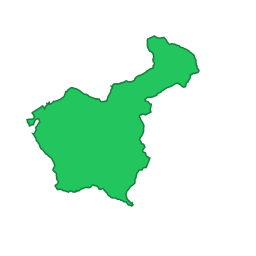 outline of Lapugiu De Jos, Hunedoara, Romania, rotated 245°
{"feature_id": "2599482B98896548530240", "entity_name": "Lapugiu De Jos", "entity_type": "district", "adm_level": 2, "iso_a3": "ROU", "parent_name": "Romania", "parent_adm1": "Hunedoara", "projection": "albers", "projection_center": [22.473, 45.86], "detail": "fine", "context": "isolated", "style": "filled", "palette": "green", "viewbox_px": 256, "rotation_deg": 245, "n_neighbors": 0, "source": "geoboundaries", "source_scale": "gbopen_adm2", "svg_char_len": 5861}
<svg xmlns="http://www.w3.org/2000/svg" viewBox="0 0 256 256"><g transform="rotate(245 128 128)"><path d="M200.3,183.6L199.8,182.9L198.6,182.2L196.6,181.5L195.0,180.5L192.9,180.0L189.0,180.0L188.0,180.4L187.9,180.6L188.0,180.8L187.6,181.2L186.0,182.0L184.4,182.0L182.5,181.7L181.2,181.1L180.5,180.5L180.2,179.9L180.2,180.1L179.8,180.1L179.8,179.7L179.5,179.8L178.7,179.3L177.5,178.9L176.8,179.3L175.3,179.2L174.8,178.9L174.0,177.9L173.9,177.3L173.8,177.1L173.1,176.7L172.7,176.9L172.5,176.6L171.9,176.5L171.6,176.2L172.0,174.9L172.1,172.2L171.7,170.3L171.8,169.6L171.6,169.5L171.5,168.8L171.1,168.7L171.2,168.1L170.8,166.3L170.9,165.8L170.7,165.2L170.7,164.3L170.6,163.5L170.5,161.4L170.8,160.9L170.9,160.3L170.9,158.0L170.6,157.4L170.2,155.7L170.0,155.3L169.3,155.1L168.4,154.0L168.4,152.8L168.6,151.8L168.4,151.0L168.7,149.6L169.1,149.3L169.3,148.5L170.0,147.5L171.3,146.6L171.6,145.9L171.4,144.7L171.1,144.5L171.3,143.9L171.1,143.2L171.6,142.5L171.6,140.7L171.8,140.5L171.7,140.3L171.9,139.9L171.6,139.6L171.9,138.8L171.8,138.5L172.0,138.4L172.0,137.8L172.3,137.4L172.2,137.2L172.4,137.1L172.8,136.2L173.0,136.1L173.1,135.6L173.0,135.4L173.3,135.2L173.3,134.7L173.8,134.2L173.5,133.6L173.7,133.3L173.2,132.5L173.2,132.1L172.9,131.9L172.5,130.9L172.8,130.4L172.3,130.5L171.5,131.2L170.9,131.0L170.7,130.1L169.8,128.7L168.7,128.1L167.3,126.8L166.8,125.8L164.5,122.7L163.6,122.1L161.4,119.8L161.7,119.6L162.0,119.0L162.0,117.4L162.4,116.9L163.2,114.8L163.5,114.5L166.5,114.0L167.0,112.8L167.1,112.7L167.2,112.3L167.5,112.3L167.5,111.9L167.8,111.8L167.9,111.3L167.7,110.9L168.9,110.4L169.8,109.0L171.2,107.9L172.4,106.5L173.0,106.1L174.4,105.7L175.5,104.9L176.3,104.2L177.1,102.6L180.6,100.7L181.6,100.3L183.6,99.1L185.1,97.9L186.3,96.4L187.2,95.7L188.6,93.6L187.8,89.3L186.9,88.3L186.9,87.7L187.3,86.9L186.4,86.3L183.8,83.7L183.0,81.7L183.0,80.3L182.5,78.6L182.7,77.2L182.6,75.8L183.0,73.3L183.6,71.7L182.9,70.7L182.5,68.9L182.4,67.4L182.9,66.6L183.2,66.8L183.3,67.3L184.1,67.5L185.2,67.5L183.5,66.6L183.6,66.1L184.2,65.6L184.5,64.9L183.2,64.8L183.0,64.4L182.4,62.2L181.9,62.0L180.6,60.5L184.1,60.0L184.0,58.6L183.6,57.6L182.4,47.6L181.9,47.5L180.0,47.9L177.8,47.8L176.9,47.2L176.1,45.5L177.8,41.9L178.2,40.0L175.1,39.3L174.5,40.1L171.5,39.5L171.6,42.0L171.3,43.0L170.9,43.7L173.6,46.1L174.4,47.5L174.7,48.4L174.5,50.2L174.2,50.6L173.6,51.1L170.4,50.4L170.4,49.6L170.3,49.3L169.5,48.0L169.2,47.9L168.5,46.9L167.7,44.8L167.2,44.5L165.5,44.2L163.6,42.2L162.6,40.3L162.5,40.0L163.0,39.4L160.4,39.9L159.2,39.9L158.0,40.3L157.2,40.2L156.0,39.7L154.6,39.8L153.6,40.3L151.5,40.4L150.5,40.8L148.7,40.3L146.2,40.4L143.9,41.5L138.9,42.7L138.3,43.6L136.0,44.1L135.5,44.7L134.7,44.9L133.4,45.6L131.6,46.0L129.4,45.9L128.3,46.2L125.4,45.8L124.4,45.4L123.7,44.6L123.0,43.3L121.4,42.1L119.1,42.9L118.5,43.5L117.1,43.8L116.2,43.6L115.3,43.0L113.2,42.4L111.9,41.7L109.0,42.3L107.6,41.2L107.0,40.2L106.9,38.3L106.5,37.6L105.6,37.4L104.5,37.9L103.2,37.8L102.5,38.1L101.9,38.3L101.4,39.7L101.4,40.4L100.6,41.6L98.5,42.8L98.2,43.9L97.8,44.1L95.8,46.3L95.0,46.8L95.4,48.0L95.4,48.7L95.0,49.6L94.5,50.4L93.6,50.8L93.1,51.3L92.3,53.1L92.2,53.8L92.4,54.0L92.5,54.6L92.8,54.4L93.1,54.7L92.3,55.4L92.3,55.5L92.5,55.5L92.2,55.9L92.3,56.2L91.8,56.7L92.2,58.1L92.4,60.8L92.1,64.3L91.8,65.2L91.1,65.8L91.0,66.8L90.5,67.1L90.2,68.1L90.4,69.9L90.8,70.4L91.3,71.5L91.3,72.0L90.7,72.8L89.6,73.8L88.3,75.4L86.6,76.0L84.8,76.0L84.4,76.1L84.0,77.0L83.9,79.3L83.2,79.9L79.4,80.8L78.5,81.5L76.5,81.5L75.1,81.8L74.5,82.1L73.5,82.9L72.1,83.3L71.1,84.5L70.0,87.0L67.9,88.3L67.0,89.9L66.3,90.6L65.3,91.1L64.5,92.4L62.8,93.2L61.8,95.1L58.4,95.7L57.6,96.4L56.7,97.6L55.7,98.4L56.3,100.1L57.3,99.7L57.9,99.9L58.1,99.7L58.1,99.9L58.6,100.1L58.6,99.3L58.7,99.1L64.2,97.1L64.8,97.4L68.4,97.8L70.0,99.3L70.9,99.9L71.3,100.5L72.5,103.3L73.6,104.7L74.1,106.6L74.3,108.2L74.6,108.9L74.6,109.2L75.2,111.0L78.5,112.6L79.5,114.2L80.6,114.8L83.4,117.1L84.2,119.0L85.2,120.0L85.2,120.7L84.1,122.6L84.4,123.5L85.4,124.2L85.1,126.2L85.2,126.9L84.4,127.7L91.4,135.1L92.3,134.3L93.5,133.8L94.4,133.0L94.9,132.8L96.0,132.8L98.1,133.3L98.7,132.6L100.1,131.4L100.6,131.5L102.0,132.4L102.7,133.4L102.7,133.8L103.5,135.1L103.9,135.4L105.0,135.2L105.7,135.4L106.6,135.2L107.2,134.8L107.8,133.8L108.0,133.7L110.7,134.0L111.7,133.6L112.4,133.6L113.6,134.2L113.8,134.9L114.9,136.8L117.1,139.5L117.5,140.1L119.6,141.4L121.0,141.8L122.8,143.2L124.3,143.5L127.7,143.4L130.3,143.0L132.3,143.3L132.9,143.0L134.5,143.7L134.7,144.4L134.3,145.6L134.7,146.9L134.5,147.4L132.5,149.4L132.7,150.4L132.6,153.1L132.8,155.6L134.7,155.7L136.6,156.8L137.6,157.7L139.7,159.2L140.8,157.9L142.6,157.5L143.5,157.1L144.9,155.4L146.3,154.9L146.9,155.9L146.9,156.5L147.6,158.9L146.9,159.9L146.4,161.1L146.4,161.4L146.1,162.1L146.0,163.3L145.6,164.1L145.7,166.3L145.5,167.5L146.1,168.4L146.8,170.5L146.7,171.7L146.6,172.4L146.7,173.3L147.6,174.8L147.4,176.3L147.8,178.1L148.1,180.7L147.7,181.9L147.8,182.4L147.5,185.3L147.9,186.0L147.8,187.5L148.2,189.5L147.9,190.6L148.1,191.3L147.8,191.8L146.8,192.3L145.6,193.6L143.2,194.4L142.1,195.1L141.4,195.9L141.2,197.3L141.6,198.2L143.0,198.8L144.0,199.8L144.4,200.6L144.5,202.1L145.5,203.0L146.1,203.9L146.6,205.0L147.2,205.5L148.0,205.7L148.8,206.5L150.1,207.2L149.8,208.0L149.4,208.4L149.5,208.7L149.9,209.1L150.1,210.1L149.3,210.9L149.2,212.1L149.3,213.0L149.1,213.3L148.7,214.5L149.4,215.9L149.8,216.5L150.2,216.6L153.6,216.1L155.7,216.8L156.4,216.3L157.1,216.9L159.7,217.5L160.6,218.2L163.6,218.0L165.4,218.6L166.2,218.5L167.9,217.7L168.8,217.4L170.7,216.1L172.1,215.8L175.2,213.5L177.9,211.3L178.5,210.3L178.9,209.8L180.9,209.1L183.0,206.7L184.3,205.8L185.0,204.2L185.8,203.8L186.0,201.9L186.7,200.5L189.5,199.9L191.2,199.9L194.9,198.9L195.1,197.5L196.2,194.5L197.1,192.9L199.0,191.5L200.3,190.7L200.2,188.0L200.3,185.6L200.2,184.0L200.3,183.6Z" fill="#22c55e" stroke="#15803d" stroke-width="1.5"/></g></svg>